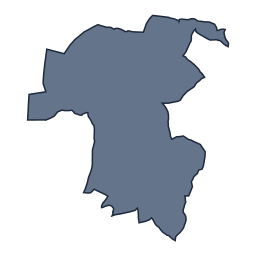 outline of Isu, Imo, Nigeria
{"feature_id": "59680162B73807077480910", "entity_name": "Isu", "entity_type": "district", "adm_level": 2, "iso_a3": "NGA", "parent_name": "Nigeria", "parent_adm1": "Imo", "projection": "albers", "projection_center": [7.061, 5.682], "detail": "fine", "context": "isolated", "style": "filled", "palette": "slate", "viewbox_px": 256, "rotation_deg": 0, "n_neighbors": 0, "source": "geoboundaries", "source_scale": "gbopen_adm2", "svg_char_len": 3492}
<svg xmlns="http://www.w3.org/2000/svg" viewBox="0 0 256 256"><path d="M225.2,29.5L223.1,29.1L220.8,29.4L219.0,30.1L217.1,30.5L216.5,27.5L214.6,24.2L209.2,22.0L206.6,21.9L204.7,21.9L202.5,21.5L201.5,21.4L199.6,21.2L197.8,21.1L196.2,19.9L194.8,19.0L193.4,18.7L191.9,18.7L190.6,18.9L189.4,19.4L187.9,19.7L184.5,19.4L181.7,19.1L179.4,19.4L178.9,21.5L178.6,20.6L176.3,19.7L174.1,18.8L170.4,18.1L168.4,17.3L152.7,15.4L149.6,18.5L146.3,23.8L143.4,32.2L136.9,32.0L132.6,31.8L129.4,31.0L127.8,30.9L126.9,31.6L125.3,31.5L121.0,29.3L118.6,28.5L116.9,28.3L114.8,28.6L114.0,29.3L111.4,27.6L109.1,27.2L106.7,27.3L97.8,24.7L93.5,26.8L88.4,29.7L84.2,31.9L74.8,39.7L70.0,45.1L64.2,53.7L46.8,49.2L44.8,63.9L43.6,74.8L43.2,80.9L43.2,83.8L45.2,89.7L45.8,91.8L29.1,94.4L28.5,103.1L28.2,109.9L27.6,120.0L44.7,119.9L45.8,120.1L50.3,118.2L54.3,116.1L57.5,112.0L62.0,110.1L64.4,110.6L68.7,110.6L71.9,110.3L72.4,110.6L73.4,111.7L74.6,113.3L79.9,115.1L81.4,115.2L82.2,114.8L82.5,114.2L83.6,113.7L84.3,113.5L85.2,113.2L86.0,112.7L86.7,112.7L87.8,112.6L87.9,113.6L88.0,114.8L88.2,115.8L88.5,116.8L89.6,118.3L90.6,119.8L92.5,123.9L94.0,125.6L94.4,129.5L94.3,132.9L94.2,135.5L94.1,138.2L94.6,141.6L94.2,143.1L93.4,146.5L92.5,149.6L92.4,151.1L92.5,152.4L92.4,154.4L92.4,157.8L92.3,160.9L92.4,162.2L92.4,163.5L92.4,164.1L92.2,165.7L91.8,168.0L90.9,171.2L89.6,174.7L88.6,177.2L87.3,182.8L85.1,189.3L83.6,192.6L85.6,192.8L87.5,193.0L89.7,192.9L90.6,192.7L92.7,190.9L94.1,189.2L95.4,189.9L100.3,192.2L104.6,194.2L107.9,196.2L106.9,197.9L104.7,201.0L102.7,203.3L101.7,205.8L101.5,207.4L101.8,207.7L103.7,207.0L105.3,206.2L106.9,205.8L108.0,205.4L109.4,205.3L111.6,206.0L113.5,208.2L113.5,209.9L113.0,211.2L112.7,212.4L113.0,213.3L112.6,214.7L112.0,215.9L115.3,214.7L119.9,214.0L129.6,211.9L135.0,210.4L137.3,208.2L137.7,209.5L138.1,210.7L138.2,211.7L138.3,213.7L138.4,217.5L138.6,219.2L138.8,220.7L139.1,222.8L145.6,221.3L149.6,219.7L151.5,217.9L152.6,219.1L153.4,220.5L155.1,223.7L156.4,225.5L159.1,227.5L160.8,230.0L162.8,232.2L167.1,235.2L168.7,235.5L171.9,238.6L175.2,240.6L175.5,238.1L175.7,236.7L177.6,234.6L180.1,232.4L182.4,229.5L183.6,227.6L184.7,224.3L185.5,222.3L186.1,219.5L185.8,216.5L184.7,214.2L183.4,212.6L183.1,210.0L184.1,207.0L184.6,204.8L185.8,201.8L185.3,200.4L185.3,198.3L184.9,195.9L188.7,195.9L191.0,190.3L192.4,186.7L191.4,181.7L192.7,179.4L193.7,176.9L195.3,175.3L197.3,173.6L198.6,170.2L202.1,169.1L203.4,165.8L204.9,157.1L205.2,151.7L201.6,146.5L200.4,144.6L198.3,143.5L193.7,141.5L191.1,140.1L188.4,139.4L183.3,136.0L180.0,136.6L176.8,136.7L171.8,139.2L170.5,136.5L169.9,132.3L168.2,125.8L168.3,123.3L168.0,121.5L168.4,119.9L168.5,118.1L168.4,114.6L167.9,111.8L166.1,108.1L164.4,105.7L162.3,103.2L164.9,103.2L168.4,103.2L172.3,102.4L177.8,101.3L180.2,100.3L183.2,95.6L187.1,91.5L194.2,86.7L195.3,84.7L196.7,82.7L199.5,80.7L201.5,78.7L204.6,77.3L203.0,74.9L201.5,73.0L200.5,72.4L198.5,68.9L197.3,67.9L196.5,66.8L195.1,65.6L194.2,64.6L192.7,63.4L191.5,62.3L190.4,61.4L189.0,60.6L188.1,59.8L187.3,59.3L186.9,58.7L186.3,58.0L185.7,57.0L184.1,56.4L183.1,55.9L183.6,55.0L184.3,54.0L185.1,53.1L185.7,52.2L186.0,51.7L189.5,43.9L190.0,42.7L191.0,41.4L191.2,40.0L191.4,38.3L191.3,36.6L191.6,35.0L192.7,32.7L193.9,30.7L195.5,29.1L195.9,31.5L197.8,33.2L206.4,38.2L209.9,40.0L213.6,39.9L216.3,39.7L218.0,40.3L220.2,40.7L222.3,42.5L224.3,44.5L228.1,46.7L228.4,44.8L228.4,43.3L227.7,41.8L226.8,40.7L225.8,39.3L225.1,37.6L224.4,34.9L224.0,32.4L225.2,29.5Z" fill="#64748b" stroke="#1e293b" stroke-width="1.5"/></svg>